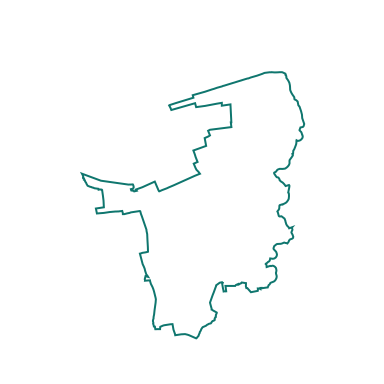 Miroslovesti, Iasi, Romania, rotated 198°
{"feature_id": "2599482B34880028878673", "entity_name": "Miroslovesti", "entity_type": "district", "adm_level": 2, "iso_a3": "ROU", "parent_name": "Romania", "parent_adm1": "Iasi", "projection": "mercator", "projection_center": [26.644, 47.15], "detail": "fine", "context": "isolated", "style": "outline", "palette": "teal", "viewbox_px": 384, "rotation_deg": 198, "n_neighbors": 0, "source": "geoboundaries", "source_scale": "gbopen_adm2", "svg_char_len": 5940}
<svg xmlns="http://www.w3.org/2000/svg" viewBox="0 0 384 384"><g transform="rotate(198 192 192)"><path d="M105.0,114.9L98.9,118.3L99.2,119.7L99.6,120.6L98.2,121.0L96.9,120.8L97.3,121.9L96.2,122.3L96.1,121.9L90.9,124.5L90.5,124.6L90.3,127.2L89.7,127.9L89.5,128.6L89.4,129.6L89.1,130.0L86.9,131.8L86.2,132.5L85.8,133.2L85.4,134.2L85.1,136.0L85.2,137.3L85.3,137.7L85.7,138.6L86.8,140.2L87.2,141.1L87.2,141.7L87.4,143.3L87.8,144.2L88.6,145.6L89.8,146.4L91.0,146.8L92.2,146.9L92.8,146.7L94.0,145.9L94.8,145.9L97.8,143.7L98.5,145.3L98.9,145.9L99.7,146.3L99.7,146.5L98.6,147.9L98.2,148.8L97.5,149.5L97.0,150.4L96.9,151.2L97.1,153.0L94.7,153.4L93.6,153.9L93.0,154.4L92.1,155.6L91.7,157.1L91.8,158.6L92.4,159.7L93.3,160.9L93.8,161.3L96.5,162.8L96.8,163.1L97.1,163.7L97.1,165.9L95.5,168.4L95.0,168.8L94.2,169.2L92.1,169.9L91.4,170.3L90.8,170.6L88.7,172.4L87.5,172.4L86.5,172.6L85.4,172.5L84.8,174.3L84.7,174.8L84.7,175.9L84.1,177.2L82.4,178.5L82.0,179.0L81.7,179.7L81.8,180.1L81.9,180.8L82.1,181.0L83.2,182.5L84.8,184.0L85.0,184.4L85.0,185.0L84.8,186.8L85.0,187.6L85.8,188.5L86.0,189.0L85.8,189.5L88.4,187.5L89.1,188.3L91.2,189.4L92.4,190.5L93.2,191.7L93.6,192.2L94.4,193.6L95.8,195.3L99.2,196.5L99.7,196.5L100.5,196.0L101.2,195.8L101.7,195.9L102.1,196.1L102.3,196.4L103.9,198.9L104.8,199.9L104.1,201.7L103.9,203.0L104.0,203.7L104.6,205.8L104.6,206.3L104.5,206.6L103.0,207.7L102.3,207.9L102.4,208.1L101.2,208.9L99.6,210.5L99.0,211.4L98.6,212.3L98.2,213.6L97.9,214.9L98.0,216.0L98.5,218.1L99.2,220.0L99.6,220.8L100.3,221.1L100.9,226.2L101.2,227.9L101.5,228.3L101.9,228.6L104.8,226.6L106.8,228.0L108.7,229.0L110.7,229.5L111.7,230.0L112.2,230.2L112.6,231.0L113.6,231.9L114.3,232.4L114.6,232.4L116.0,232.3L117.1,233.0L119.5,234.9L119.8,235.5L119.8,235.8L119.3,236.4L118.6,237.0L118.4,237.4L117.7,239.4L117.2,240.0L115.8,241.1L113.1,241.9L111.1,242.8L110.4,243.3L109.1,245.2L108.4,246.8L108.1,248.0L108.1,249.4L108.9,251.7L109.0,252.6L107.9,256.0L107.4,257.9L108.3,259.2L107.7,259.6L108.4,262.5L108.2,263.5L108.0,264.1L107.8,267.0L107.7,269.4L107.9,270.9L108.6,273.4L108.6,273.5L107.6,273.3L107.1,273.3L106.0,273.9L105.0,274.7L104.6,275.3L104.2,276.0L103.7,277.4L103.7,278.1L103.8,278.9L104.5,280.2L104.9,280.4L105.8,281.8L106.7,282.8L108.7,283.8L108.9,284.1L108.8,286.9L107.0,287.9L106.4,288.5L106.2,289.2L106.3,291.4L110.0,296.3L111.3,299.5L113.2,302.5L116.1,306.4L117.6,307.3L119.5,310.7L121.2,311.5L123.1,311.8L123.4,312.2L124.0,313.7L125.5,314.9L126.5,315.6L128.3,317.2L129.7,318.8L130.2,319.5L131.3,322.4L131.9,323.8L133.2,326.0L135.1,327.9L137.4,329.6L137.6,329.8L137.7,330.4L138.2,331.4L138.7,332.0L138.9,332.0L139.1,332.3L139.1,332.6L139.3,332.8L139.5,332.7L139.8,333.4L143.0,333.8L143.5,333.7L145.5,333.1L147.7,332.2L150.6,331.2L153.5,330.5L153.7,330.3L155.3,329.8L159.8,327.7L160.0,327.5L160.3,327.3L161.4,326.3L166.0,322.8L171.6,319.0L173.4,317.5L174.3,317.1L177.6,314.8L194.5,302.9L195.1,302.6L196.1,301.7L200.2,299.0L203.1,296.8L204.6,295.8L210.6,291.4L221.2,284.3L219.8,282.1L234.4,271.9L240.2,267.7L240.5,267.3L238.5,265.4L237.0,263.6L216.5,277.4L214.3,274.0L206.0,278.0L195.6,283.7L191.2,286.0L190.3,283.3L182.5,287.2L176.1,270.4L176.6,270.2L174.6,265.9L194.2,256.7L195.6,255.2L192.4,251.4L193.5,250.0L196.6,247.2L192.8,240.2L203.5,231.9L200.9,228.6L199.3,226.3L196.0,222.3L199.1,219.5L198.0,218.2L196.2,216.1L194.6,214.5L192.1,213.2L190.1,211.8L194.4,208.2L211.7,192.5L215.4,189.3L217.0,187.8L221.1,184.5L223.2,182.6L223.4,182.5L223.8,182.7L224.5,183.4L230.6,190.4L240.7,181.2L246.1,177.0L244.9,176.1L247.2,174.7L247.8,175.1L250.2,174.7L250.8,175.5L251.0,175.8L249.3,176.8L248.9,178.1L248.9,178.4L249.4,179.5L250.5,180.9L250.8,180.9L251.7,180.5L254.8,179.4L282.1,174.6L302.3,175.4L301.7,174.8L300.9,174.0L300.2,173.0L300.1,171.9L299.8,171.5L299.2,171.7L298.0,170.4L298.2,170.1L297.4,169.8L296.8,168.9L296.5,168.7L295.7,168.2L295.0,167.3L293.2,165.7L290.8,165.5L288.9,165.6L288.3,165.4L287.2,165.6L286.0,165.4L282.1,166.1L281.6,165.3L280.4,166.0L279.6,166.1L279.0,166.3L278.5,166.3L278.3,165.9L278.0,165.9L275.5,160.8L273.5,156.5L271.1,150.2L278.3,146.6L275.8,142.2L269.3,144.9L264.1,147.5L259.2,149.6L255.9,150.8L252.5,152.4L251.2,150.4L250.9,149.6L249.6,150.0L247.1,151.6L244.8,152.9L243.9,153.7L235.7,157.8L235.2,157.6L233.8,155.4L232.1,153.3L223.7,142.1L223.2,140.9L221.6,138.1L219.5,132.5L217.0,126.1L215.4,121.6L215.5,121.5L217.4,120.3L220.4,118.8L221.5,117.9L222.5,117.3L216.6,108.1L214.8,106.2L213.3,104.4L212.1,102.4L209.9,99.4L208.8,98.8L207.5,97.7L210.2,97.6L210.0,94.5L209.4,93.6L209.3,93.1L204.7,95.0L204.3,94.2L202.7,91.9L200.3,89.5L198.8,87.7L197.4,85.7L194.1,80.4L193.2,78.8L192.4,75.4L191.1,68.1L190.2,63.8L189.9,61.2L189.5,59.8L189.5,58.5L189.4,57.6L189.2,57.0L188.2,55.4L188.3,54.8L187.0,53.0L186.7,52.3L185.7,52.5L184.5,50.2L180.0,51.7L180.2,52.3L180.3,52.9L180.5,54.0L178.4,55.9L177.4,56.6L171.5,59.6L169.7,60.3L167.1,55.4L164.3,51.7L163.7,50.6L158.3,53.3L154.7,54.7L152.2,54.9L150.8,54.9L142.8,54.1L142.3,54.8L141.9,56.0L141.3,57.3L141.4,58.6L141.1,60.4L141.3,60.9L141.3,61.2L141.2,61.5L141.0,62.0L140.8,63.4L140.8,63.8L140.7,64.8L140.1,66.7L137.4,69.1L136.6,70.4L135.9,71.0L135.4,71.7L133.5,72.9L133.2,73.7L133.1,74.4L132.7,75.4L132.5,75.7L131.7,76.2L131.5,76.4L131.4,76.6L130.9,77.1L130.9,77.6L131.0,77.9L131.2,78.0L131.3,78.6L131.3,79.0L131.1,79.9L130.9,79.9L130.7,80.2L130.8,80.7L130.8,80.9L131.1,81.4L131.1,82.1L131.3,82.6L131.1,84.0L131.1,84.8L131.2,85.0L134.1,85.6L136.1,86.0L136.6,86.3L137.0,86.3L137.0,86.5L137.3,87.1L140.3,91.7L140.7,92.4L140.5,100.2L140.3,103.3L140.1,109.0L140.0,109.6L140.2,110.7L137.6,114.3L135.7,115.4L135.4,114.8L135.2,114.7L134.7,114.9L134.7,114.6L134.9,114.0L132.6,109.6L132.1,108.9L131.2,107.2L130.8,107.5L130.2,107.6L129.5,107.8L128.8,108.1L131.1,113.0L121.9,116.0L121.6,116.9L121.3,117.3L119.6,118.8L119.3,118.2L118.5,118.9L117.6,120.1L116.9,120.5L116.7,121.3L112.5,122.0L111.6,118.9L110.6,117.4L109.7,117.7L105.0,114.9Z" fill="none" stroke="#0f766e" stroke-width="2"/></g></svg>